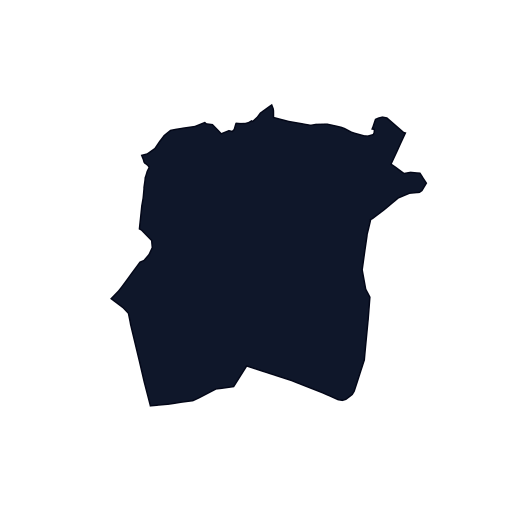 the district of Al Hada, Dhamar, Yemen, rotated 115°
{"feature_id": "15242507B58187831730199", "entity_name": "Al Hada", "entity_type": "district", "adm_level": 2, "iso_a3": "YEM", "parent_name": "Yemen", "parent_adm1": "Dhamar", "projection": "albers", "projection_center": [44.487, 14.807], "detail": "fine", "context": "isolated", "style": "filled", "palette": "ink", "viewbox_px": 512, "rotation_deg": 115, "n_neighbors": 0, "source": "geoboundaries", "source_scale": "gbopen_adm2", "svg_char_len": 2986}
<svg xmlns="http://www.w3.org/2000/svg" viewBox="0 0 512 512"><g transform="rotate(115 256 256)"><path d="M436.4,288.4L433.0,282.5L432.9,282.5L431.7,280.4L427.2,272.6L424.1,267.9L421.9,264.7L420.0,261.9L413.8,252.1L408.4,247.6L393.3,236.0L390.7,231.7L383.8,221.1L359.6,218.0L357.7,202.3L353.8,170.9L353.5,165.1L351.8,137.9L351.7,132.4L351.6,130.8L351.5,120.9L350.3,116.7L347.9,114.0L343.0,111.4L340.8,110.3L337.1,109.9L327.1,111.1L322.4,111.7L315.3,112.6L311.8,113.0L307.2,113.6L304.5,113.9L297.9,116.3L270.0,126.2L269.5,126.4L266.0,127.6L245.2,135.4L242.9,138.4L240.8,141.2L239.7,142.6L223.6,154.0L222.2,154.4L204.3,159.9L198.6,161.6L191.3,163.8L189.3,164.5L183.6,165.6L182.2,165.9L177.8,166.8L175.0,167.4L174.7,167.7L174.3,167.4L173.1,166.5L172.9,166.3L168.7,164.1L160.0,159.5L150.2,154.9L144.5,152.2L143.2,151.6L140.6,149.2L138.8,147.6L134.2,143.4L130.4,136.9L130.0,136.1L129.2,134.8L126.6,133.3L118.0,132.4L114.3,138.4L113.9,138.9L111.7,142.4L111.9,143.0L112.9,145.6L114.9,151.3L117.5,155.0L118.7,156.7L118.0,160.3L117.5,162.7L116.6,167.1L115.7,172.5L114.3,172.5L110.4,172.5L106.4,172.5L100.7,172.5L93.4,172.6L92.2,172.6L88.6,172.6L86.0,172.6L81.4,172.6L81.7,174.5L75.6,195.7L76.7,200.1L79.2,203.2L81.7,205.4L83.7,205.2L89.7,204.5L90.5,204.5L91.8,204.4L91.2,202.2L94.2,201.0L96.4,201.0L100.1,205.3L100.9,207.4L101.4,208.5L103.1,218.5L103.5,221.9L103.4,223.6L103.1,229.5L103.1,229.9L103.4,233.3L103.5,233.7L104.3,237.6L104.9,240.3L105.0,240.6L105.5,243.0L105.8,244.2L106.5,247.3L111.4,257.2L111.7,257.7L111.8,257.8L114.4,261.5L114.5,261.7L114.6,262.3L114.8,262.7L115.1,264.0L116.0,267.2L116.4,268.8L116.7,270.1L117.7,273.7L120.3,283.3L121.3,288.9L121.5,289.8L122.7,296.6L123.1,298.6L122.8,298.8L117.1,301.5L115.3,302.7L112.5,305.6L115.1,307.1L124.6,312.4L129.6,313.4L135.5,315.8L135.4,317.1L138.2,319.0L140.5,321.7L141.2,323.2L142.7,326.2L144.1,330.0L144.7,330.1L149.8,329.3L150.7,329.2L152.0,329.7L153.2,330.1L153.9,333.5L155.2,334.7L160.0,339.2L158.9,341.8L158.5,342.8L155.4,351.0L157.3,357.0L156.7,358.8L164.5,366.1L169.7,374.1L171.0,376.1L171.6,376.9L175.1,382.1L178.3,386.5L183.2,388.9L185.7,390.1L186.1,390.2L186.3,390.2L191.8,391.4L192.1,391.5L192.5,391.6L201.3,393.0L206.4,395.9L207.3,396.4L209.5,397.7L213.1,402.1L216.1,398.9L216.3,398.7L218.1,397.2L218.8,396.0L219.0,394.5L219.4,392.9L219.6,392.1L220.2,391.2L220.6,390.5L220.8,390.4L221.1,390.2L221.8,390.2L223.5,390.3L225.5,390.3L227.3,390.0L229.5,389.7L232.2,389.4L232.4,389.2L235.1,388.3L241.1,386.5L242.6,385.8L249.0,383.5L251.3,382.7L257.2,381.1L258.4,380.8L268.5,377.3L280.7,373.1L280.8,370.8L284.0,362.4L285.4,358.7L286.0,357.1L288.3,355.8L290.9,354.3L291.0,354.2L292.2,353.5L292.4,353.5L299.5,353.5L300.6,353.7L305.6,355.1L307.3,355.5L308.1,356.2L310.4,358.3L310.6,358.5L317.6,359.9L323.9,361.2L330.2,362.4L332.2,362.8L341.1,364.6L345.8,365.7L355.9,369.2L359.0,354.5L361.8,347.4L369.0,342.1L370.9,340.8L401.1,316.8L417.2,304.2L436.1,288.6L436.4,288.4Z" fill="#0f172a" stroke="#020617" stroke-width="1.5"/></g></svg>